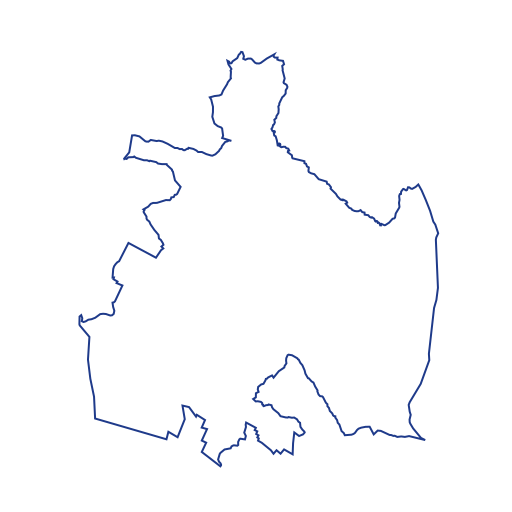 Xaltocan, Tlaxcala, Mexico (orthographic projection), rotated 173°
{"feature_id": "50627088B23292319838140", "entity_name": "Xaltocan", "entity_type": "district", "adm_level": 2, "iso_a3": "MEX", "parent_name": "Mexico", "parent_adm1": "Tlaxcala", "projection": "orthographic", "projection_center": [-98.236, 19.419], "detail": "fine", "context": "isolated", "style": "outline", "palette": "blue", "viewbox_px": 512, "rotation_deg": 173, "n_neighbors": 0, "source": "geoboundaries", "source_scale": "gbopen_adm2", "svg_char_len": 6035}
<svg xmlns="http://www.w3.org/2000/svg" viewBox="0 0 512 512"><g transform="rotate(173 256 256)"><path d="M435.5,114.3L367.2,85.0L364.4,92.2L355.9,85.7L346.6,102.7L347.2,116.5L340.9,114.2L335.1,103.9L334.1,105.6L326.6,99.4L330.8,92.3L325.7,90.2L332.3,79.4L328.2,76.8L333.7,68.1L317.0,51.6L316.2,52.5L316.1,53.3L316.5,54.6L317.8,56.4L318.4,58.7L316.1,64.0L315.3,64.9L310.8,67.8L304.6,68.2L303.5,70.0L302.1,70.6L301.0,70.8L297.6,70.0L296.7,70.6L296.4,73.6L294.9,76.0L293.9,76.6L289.3,75.3L288.0,78.6L289.2,82.1L286.8,87.5L286.8,89.8L286.1,91.9L277.1,85.5L278.5,83.4L276.1,81.8L277.5,79.3L275.4,77.7L276.8,75.8L275.5,74.6L276.5,72.5L273.0,69.9L264.9,61.4L262.7,57.6L259.3,60.7L255.7,56.8L251.7,60.6L243.8,54.7L242.0,65.7L239.5,76.2L235.2,72.1L231.1,73.2L229.2,74.9L229.4,75.8L231.2,78.1L232.7,81.0L232.6,85.1L234.1,86.4L235.2,88.9L237.8,91.0L240.1,91.1L243.4,92.2L244.1,91.8L246.0,92.1L251.2,94.0L253.0,97.3L257.4,101.8L258.5,103.9L258.8,106.0L261.6,107.1L262.3,106.6L264.1,106.7L266.6,106.0L267.1,106.5L267.1,107.5L267.9,107.9L267.8,109.4L268.9,110.6L271.9,111.6L274.0,111.7L276.2,114.4L273.4,115.7L272.8,119.8L270.0,120.8L270.5,123.3L269.8,125.8L266.5,127.9L264.2,128.2L261.8,131.4L261.2,132.8L260.1,132.9L258.8,134.0L254.6,135.5L253.4,133.1L247.4,138.9L241.5,141.9L241.0,143.4L238.9,145.7L238.9,148.5L238.4,150.9L236.7,153.7L235.7,154.1L232.3,153.1L227.4,149.4L227.0,148.4L226.2,147.9L225.0,144.5L223.3,142.0L221.7,136.6L221.3,133.2L219.3,128.4L218.5,128.2L216.1,124.7L214.4,123.4L213.2,119.3L211.3,115.1L211.6,114.2L210.8,110.9L209.5,109.1L207.4,108.6L206.7,107.8L204.5,101.8L203.2,100.2L203.4,98.2L202.1,96.3L201.6,93.2L199.5,90.5L198.9,88.4L198.4,87.8L196.8,87.2L197.0,86.0L195.5,83.2L195.2,80.5L193.8,78.6L192.4,71.8L190.4,69.5L189.7,67.3L183.0,67.0L180.9,67.5L179.3,68.4L177.0,70.9L175.3,72.1L172.5,72.8L168.0,73.1L164.0,72.7L160.9,64.6L156.5,67.9L153.4,67.2L145.2,62.1L143.6,61.8L141.6,60.7L140.3,60.7L137.8,59.2L133.8,59.2L130.3,58.3L126.0,58.6L110.5,52.7L114.4,55.3L121.1,65.8L123.3,70.8L123.7,72.3L123.5,75.0L121.8,79.5L122.4,82.7L122.6,89.6L121.3,92.1L108.1,109.0L96.7,131.5L96.3,137.9L85.6,182.7L82.3,190.4L79.3,202.2L75.5,250.2L74.8,252.5L72.4,256.3L74.2,265.3L75.8,268.5L77.7,279.6L80.6,290.7L83.6,300.9L85.5,305.6L86.2,307.2L89.1,305.1L92.8,303.6L94.0,304.0L95.4,305.4L96.7,305.7L98.1,303.1L99.0,302.8L101.3,304.6L101.9,304.5L104.1,302.2L104.6,299.9L105.7,299.9L106.6,298.1L106.7,294.2L107.6,291.3L107.6,287.5L107.9,286.6L112.1,281.2L113.3,277.3L114.1,276.5L115.9,276.3L119.8,272.9L123.9,270.9L124.8,270.9L127.8,272.7L128.2,272.6L128.3,271.2L129.0,271.3L129.6,273.7L130.5,274.5L130.6,274.0L131.1,274.0L131.5,275.8L132.3,276.1L132.9,275.6L133.4,276.0L134.2,278.7L136.2,280.4L136.9,280.0L138.4,280.9L139.6,282.8L143.1,283.8L143.0,285.9L145.2,286.6L146.6,288.8L148.7,288.0L150.5,288.1L152.7,288.7L155.0,290.1L155.6,291.4L157.6,292.5L160.6,297.0L159.0,297.8L159.5,299.2L162.5,301.3L163.3,301.5L163.4,300.9L165.2,301.7L167.9,305.2L169.1,307.9L173.8,313.8L173.2,315.1L174.9,318.1L176.6,319.0L176.8,321.2L184.4,324.6L188.1,330.1L191.3,331.4L193.3,332.9L193.6,334.0L192.8,337.5L194.5,338.7L195.1,341.4L196.6,342.2L196.4,344.2L207.8,348.5L208.1,349.2L208.1,351.6L211.8,355.1L211.5,356.3L210.2,356.6L210.9,358.6L212.8,359.4L213.7,360.8L215.3,361.1L217.6,360.9L218.2,361.3L218.7,361.8L218.3,363.3L218.4,364.3L219.1,364.8L219.7,364.8L219.9,362.7L221.0,363.1L221.2,368.3L221.9,372.4L223.2,373.4L223.3,374.7L223.4,376.6L222.3,376.5L222.1,377.1L222.4,377.7L224.4,378.1L225.2,380.2L224.0,381.6L223.0,384.0L222.1,384.4L221.0,386.3L221.2,389.0L219.1,390.5L218.7,392.3L216.3,395.2L215.6,398.9L215.6,401.7L214.5,403.2L214.3,404.6L210.6,410.4L208.9,411.5L206.8,413.6L206.3,416.9L204.5,419.1L204.2,420.2L204.8,422.2L207.3,424.2L207.5,425.1L205.9,428.7L207.0,437.2L206.7,438.0L206.8,441.5L204.8,442.9L205.4,446.4L209.1,447.4L210.9,448.4L210.4,450.3L213.0,450.6L214.1,451.6L214.2,452.7L213.3,453.9L221.2,450.7L227.7,447.1L229.3,446.7L232.0,447.1L233.5,448.1L236.0,451.7L237.1,452.6L239.9,452.9L242.7,452.1L244.6,453.3L243.6,455.8L244.6,460.0L245.9,460.4L247.4,458.6L248.5,458.0L250.5,454.7L255.5,452.1L256.7,450.5L257.5,450.2L258.6,450.8L258.9,452.1L260.5,453.2L260.0,449.6L257.6,444.6L258.7,443.0L258.4,442.0L259.4,436.4L259.2,435.4L262.7,432.0L263.8,430.0L268.5,424.2L270.6,420.5L272.9,419.8L277.7,419.8L282.5,419.1L281.4,416.8L280.5,409.4L281.2,404.0L282.4,399.5L281.1,392.6L278.2,389.6L274.9,387.8L274.1,386.7L274.0,379.3L275.2,377.2L266.4,373.3L268.8,374.0L270.3,373.3L272.6,373.0L276.3,369.4L277.4,367.3L279.0,366.2L279.8,364.9L283.9,361.9L287.0,360.9L288.3,361.2L292.9,363.2L297.0,365.8L300.8,366.3L302.2,367.9L305.1,369.9L309.8,371.6L310.5,370.6L311.3,370.8L313.8,369.7L315.1,369.9L316.4,371.2L318.7,371.4L320.8,372.8L323.4,373.1L330.0,378.1L334.9,381.1L338.4,382.3L340.6,382.2L346.3,384.0L348.8,382.6L350.8,382.9L351.9,383.4L357.1,388.9L361.5,390.6L364.3,390.8L369.2,374.3L375.0,368.7L374.9,368.3L374.3,368.6L372.6,368.1L370.7,369.5L365.5,369.1L364.8,369.6L363.2,368.1L355.6,364.7L352.5,364.3L350.3,363.1L349.6,363.5L343.5,361.3L342.0,359.7L338.0,358.6L333.5,358.1L333.4,357.3L328.9,352.0L328.9,351.0L328.2,350.0L327.2,340.9L322.4,333.8L326.7,327.2L327.7,326.6L329.2,326.6L330.5,324.5L332.9,324.5L333.6,322.9L334.8,321.9L338.6,322.5L347.9,320.8L351.7,321.2L354.1,320.6L357.0,318.1L362.0,316.0L361.1,315.2L362.1,313.9L362.1,313.1L359.9,308.5L360.1,306.6L359.7,305.3L357.7,303.2L356.8,300.2L353.7,294.2L350.2,288.9L350.2,285.2L348.5,283.6L346.9,280.1L346.5,278.4L348.7,276.9L347.1,274.8L349.6,273.3L355.5,266.5L381.0,284.5L392.5,267.5L394.4,266.7L396.3,265.1L398.1,263.1L399.3,260.5L401.0,252.1L399.6,252.0L400.3,250.3L396.6,247.5L397.7,246.1L392.2,243.0L401.5,228.2L402.6,227.4L404.1,227.2L404.0,222.9L403.3,218.9L404.3,215.9L406.1,214.7L407.9,214.7L412.0,216.7L414.8,217.3L417.7,217.3L423.1,214.3L427.0,213.3L430.2,213.2L433.0,211.9L435.2,211.5L436.8,212.5L436.0,215.4L436.7,218.6L438.5,217.4L439.6,209.8L439.4,208.6L431.2,196.0L435.4,173.6L435.4,154.4L433.9,136.1L435.5,114.3Z" fill="none" stroke="#1e3a8a" stroke-width="2"/></g></svg>